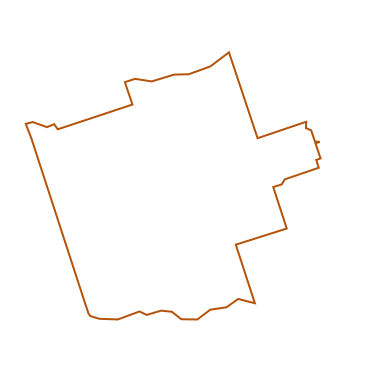 outline of Pike, Alabama, United States of America, rotated 72°
{"feature_id": "52423323B73218040263092", "entity_name": "Pike", "entity_type": "district", "adm_level": 2, "iso_a3": "USA", "parent_name": "United States of America", "parent_adm1": "Alabama", "projection": "equal_earth", "projection_center": [-85.928, 31.839], "detail": "fine", "context": "isolated", "style": "outline", "palette": "amber", "viewbox_px": 384, "rotation_deg": 72, "n_neighbors": 0, "source": "geoboundaries", "source_scale": "gbopen_adm2", "svg_char_len": 680}
<svg xmlns="http://www.w3.org/2000/svg" viewBox="0 0 384 384"><g transform="rotate(72 192 192)"><path d="M160.5,61.7L161.1,113.0L70.6,113.7L78.2,135.7L79.0,158.7L74.8,172.8L74.4,196.1L66.8,211.2L66.8,221.9L90.4,221.6L90.9,300.3L84.9,302.1L85.5,309.9L76.3,321.8L75.8,329.0L91.5,328.2L256.5,328.1L275.4,328.0L278.6,327.1L284.0,319.2L290.3,301.9L289.4,278.8L294.9,273.1L295.3,258.0L299.7,248.1L309.7,241.5L314.9,226.3L309.6,211.0L312.3,194.8L308.0,181.1L317.2,166.6L255.6,166.6L256.0,113.2L212.4,113.2L212.5,104.2L208.6,99.8L208.1,64.0L199.9,63.9L199.8,59.4L183.8,59.5L183.8,55.0L182.0,59.5L170.2,59.6L166.4,63.9L160.5,61.7Z" fill="none" stroke="#b45309" stroke-width="2"/></g></svg>